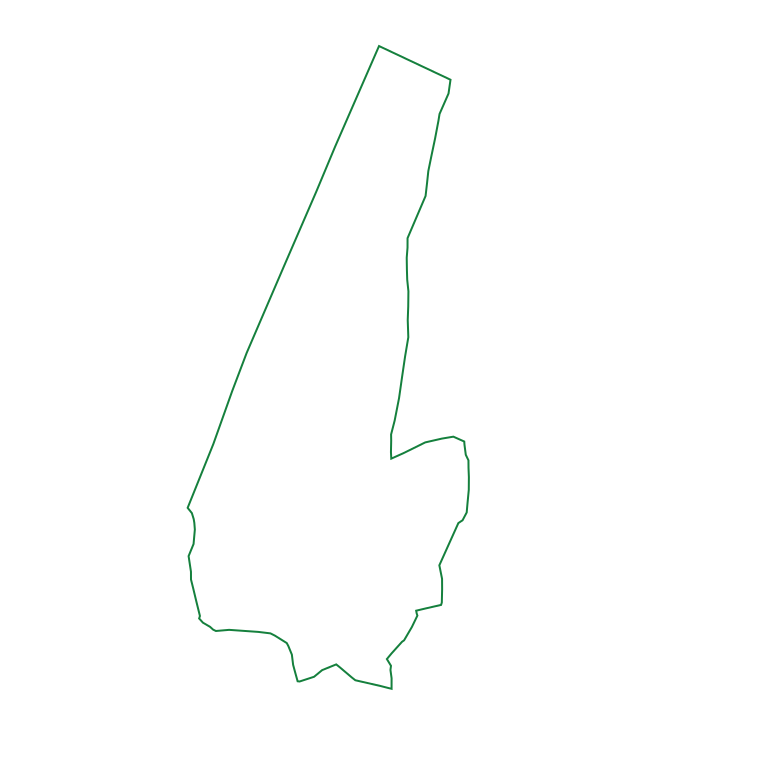 the district of Tchirozérine, Agadez, Niger, rotated 294°
{"feature_id": "23599985B66307714151869", "entity_name": "Tchirozérine", "entity_type": "district", "adm_level": 2, "iso_a3": "NER", "parent_name": "Niger", "parent_adm1": "Agadez", "projection": "equal_earth", "projection_center": [8.551, 17.383], "detail": "fine", "context": "isolated", "style": "outline", "palette": "green", "viewbox_px": 768, "rotation_deg": 294, "n_neighbors": 0, "source": "geoboundaries", "source_scale": "gbopen_adm2", "svg_char_len": 1388}
<svg xmlns="http://www.w3.org/2000/svg" viewBox="0 0 768 768"><g transform="rotate(294 384 384)"><path d="M108.6,514.9L118.3,510.6L125.4,506.2L129.4,505.0L133.9,498.5L141.0,500.5L155.8,505.3L158.0,506.6L173.3,508.3L186.0,508.7L187.8,507.1L190.0,505.6L195.8,513.2L205.4,526.0L207.9,525.7L220.1,520.6L229.6,516.3L240.9,508.3L287.2,508.5L291.5,511.2L300.3,511.8L308.4,509.0L321.8,504.5L333.5,499.4L341.6,495.4L348.6,492.2L352.6,487.5L361.3,482.2L364.1,480.7L364.1,468.8L357.6,459.0L347.4,445.4L328.5,429.7L318.8,421.0L324.5,418.1L335.2,413.6L340.8,411.0L355.0,408.6L377.2,403.5L397.6,397.7L417.6,392.1L436.6,387.2L452.0,379.7L464.7,374.6L478.6,368.6L488.7,362.8L497.6,358.5L508.6,353.4L518.2,350.0L526.8,346.2L572.7,345.5L585.7,341.4L596.5,337.9L611.4,334.6L629.1,330.8L646.5,326.7L653.3,324.9L675.6,324.8L689.0,321.0L690.7,242.0L580.9,242.8L532.1,243.9L451.4,244.7L356.5,245.9L315.8,248.2L259.8,252.5L191.0,255.0L187.9,261.0L183.2,265.1L180.0,267.2L174.1,270.4L160.4,275.1L147.3,275.5L134.0,284.0L126.9,287.2L119.6,292.9L108.9,301.1L97.2,310.2L94.6,310.5L92.3,315.7L91.4,323.9L90.1,327.8L90.0,330.9L96.4,342.5L106.4,370.0L110.0,381.7L109.7,387.5L109.7,387.0L107.8,400.5L105.8,403.1L99.3,409.9L90.5,415.2L84.7,419.9L77.3,426.0L77.9,427.9L88.1,439.2L97.5,443.9L108.4,454.4L107.3,458.6L102.8,474.0L101.7,478.3L106.7,503.7L108.6,514.9Z" fill="none" stroke="#15803d" stroke-width="2"/></g></svg>